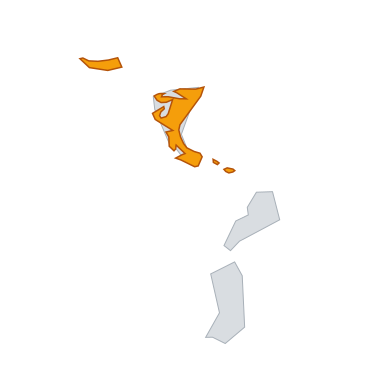 Providenciales and West Caicos highlighted on a map of Turks and Caicos Islands, rotated 77°
{"feature_id": "TCA-5005", "entity_name": "Providenciales and West Caicos", "entity_type": "state/province", "adm_level": 1, "iso_a3": "TCA", "parent_name": "Turks and Caicos Islands", "parent_adm1": "", "projection": "equal_earth", "projection_center": [-72.259, 21.758], "detail": "fine", "context": "in_parent", "style": "filled", "palette": "amber", "viewbox_px": 384, "rotation_deg": 77, "n_neighbors": 0, "source": "natural_earth", "source_scale": "10m", "svg_char_len": 1497}
<svg xmlns="http://www.w3.org/2000/svg" viewBox="0 0 384 384"><g transform="rotate(77 192 192)"><path d="M338.1,204.7L336.7,211.4L315.9,192.4L276.0,192.2L269.7,166.2L284.9,161.9L335.5,171.1L347.1,193.7L338.1,204.7ZM91.5,162.3L133.4,189.4L158.7,185.4L160.7,191.2L147.0,197.4L143.7,202.5L103.2,209.7L90.5,208.3L88.0,189.9L91.5,162.3ZM257.8,167.7L251.4,172.9L230.1,155.9L227.0,142.3L219.4,141.6L206.7,129.3L209.8,113.5L238.8,112.8L250.6,156.8L257.8,167.7Z" fill="#d9dde1" stroke="#a8b0b8" stroke-width="1"/><path d="M89.9,187.1L88.8,180.7L92.6,165.2L92.4,156.8L100.6,161.9L123.7,188.6L128.6,190.9L135.8,190.8L142.9,189.3L147.8,187.1L153.0,180.8L156.0,175.5L160.0,174.2L168.0,180.1L168.0,183.7L158.3,195.6L155.3,200.3L153.4,193.1L153.0,190.1L142.7,196.9L144.1,197.5L145.4,197.8L146.6,198.5L147.8,200.3L142.3,203.9L133.0,202.2L127.7,203.9L127.7,196.9L113.1,211.5L106.5,212.8L102.4,200.3L104.7,200.3L107.0,204.4L110.4,206.5L113.0,205.5L112.7,200.3L110.4,197.6L97.6,190.1L98.8,196.9L97.9,202.0L94.8,205.4L89.9,207.3L89.0,204.0L88.8,201.8L89.1,199.7L89.9,196.9L90.5,199.0L90.6,199.3L91.0,199.3L92.4,200.3L93.8,193.8L98.4,183.1L99.9,176.7L92.0,184.4L89.9,187.1ZM44.5,234.2L54.5,232.3L54.6,246.7L47.7,264.0L36.9,271.2L36.9,268.2L41.0,263.1L43.5,254.2L44.6,243.8L44.5,234.2ZM178.9,146.9L180.8,145.5L181.7,147.7L181.7,151.8L179.6,154.5L177.1,155.8L176.4,152.3L178.9,146.9ZM167.8,160.7L169.8,159.1L171.0,161.1L168.0,164.5L164.9,164.1L167.8,160.7Z" fill="#f59e0b" stroke="#b45309" stroke-width="1.5"/></g></svg>